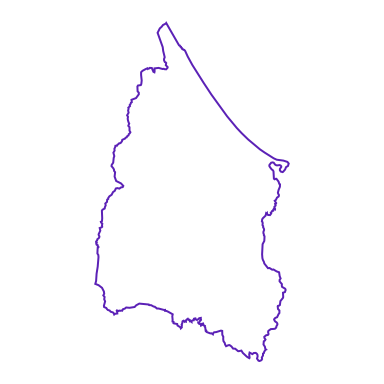 the district of Chana, Songkhla, Thailand
{"feature_id": "78962969B24308804777552", "entity_name": "Chana", "entity_type": "district", "adm_level": 2, "iso_a3": "THA", "parent_name": "Thailand", "parent_adm1": "Songkhla", "projection": "natural_earth1", "projection_center": [100.698, 6.919], "detail": "fine", "context": "isolated", "style": "outline", "palette": "violet", "viewbox_px": 384, "rotation_deg": 0, "n_neighbors": 0, "source": "geoboundaries", "source_scale": "gbopen_adm2", "svg_char_len": 6035}
<svg xmlns="http://www.w3.org/2000/svg" viewBox="0 0 384 384"><path d="M287.4,161.9L283.4,160.6L276.7,159.7L273.7,158.3L264.7,152.6L259.9,149.3L248.2,139.5L241.7,133.2L236.8,128.0L227.1,116.3L211.4,94.6L203.6,82.8L192.3,64.9L187.7,56.5L185.2,51.0L184.3,49.9L183.4,49.8L183.0,49.2L182.3,49.1L181.9,48.6L181.9,48.0L181.1,47.5L181.0,46.8L180.3,46.6L179.9,45.6L179.3,45.5L178.9,45.1L166.2,23.0L165.8,23.6L163.0,25.0L161.6,26.8L159.8,28.4L157.6,32.8L162.7,47.1L163.2,51.0L164.7,57.2L164.0,59.1L164.1,60.5L164.9,62.1L165.7,62.4L166.2,63.0L165.8,65.2L167.6,67.0L167.6,67.7L166.2,69.3L164.5,69.2L163.8,68.8L162.6,69.0L158.6,67.9L154.5,68.4L154.6,71.4L154.4,72.3L153.4,71.8L151.8,68.0L149.7,67.9L148.9,68.6L148.1,68.6L147.8,68.9L147.4,68.3L145.4,69.2L142.7,70.7L141.4,71.8L141.1,72.5L141.1,75.0L141.7,80.6L141.3,84.0L140.8,85.1L138.0,85.5L137.4,86.5L137.6,91.3L138.8,92.7L138.8,94.3L136.0,98.1L131.5,99.8L131.8,102.2L130.9,102.8L130.5,104.1L129.7,105.0L130.0,106.1L128.3,107.7L128.6,108.7L128.1,110.5L128.6,112.7L127.1,115.3L128.0,116.8L127.7,118.7L128.0,120.5L128.7,122.7L129.2,123.5L128.3,125.8L129.5,127.2L129.5,130.7L130.4,132.2L129.7,133.4L128.8,134.1L128.5,135.4L127.2,136.2L126.7,137.3L125.6,137.7L125.0,138.6L122.3,139.8L121.9,141.4L120.5,143.1L119.1,143.3L118.4,144.2L117.4,144.7L117.0,145.7L115.4,145.8L115.2,147.1L114.4,148.8L114.6,150.6L113.4,152.7L114.3,156.1L113.7,157.9L113.2,162.7L111.7,164.9L111.5,166.1L113.4,168.4L114.0,169.7L114.1,170.9L115.1,172.2L114.6,176.6L116.2,181.0L121.0,183.4L123.3,185.9L122.7,187.1L120.8,187.5L119.4,188.6L117.3,188.1L115.8,188.5L114.8,190.8L113.0,192.1L111.6,194.8L109.4,196.3L108.2,198.1L108.2,199.0L107.2,199.6L107.0,201.9L105.3,203.5L105.7,205.3L104.8,207.4L104.7,208.5L102.5,209.7L101.9,210.7L102.2,218.3L102.0,221.0L101.7,221.6L100.9,221.8L101.1,222.5L102.3,223.7L102.0,225.3L102.2,226.8L101.7,227.3L99.7,228.0L100.3,230.7L98.6,234.3L98.9,235.6L99.4,236.3L99.3,237.2L98.8,238.1L97.3,239.3L97.1,240.5L96.1,241.5L96.2,242.1L96.7,242.7L96.2,243.0L96.4,244.2L96.7,244.8L97.5,244.9L98.0,246.4L97.8,246.9L98.4,247.2L97.8,248.0L97.6,248.8L97.4,253.5L98.3,255.0L98.5,257.0L97.7,266.7L96.6,273.6L96.1,281.0L95.3,283.9L98.6,285.2L102.0,287.8L103.9,291.5L104.2,293.8L103.3,295.4L104.6,297.0L104.2,299.2L105.1,301.4L103.9,305.8L104.1,307.0L106.3,308.0L106.8,308.9L107.9,310.0L109.6,310.5L110.6,311.7L112.9,312.4L113.7,313.2L114.2,314.5L115.0,313.8L117.3,313.5L117.2,312.0L116.7,310.7L116.9,310.4L118.7,311.0L119.5,310.6L120.6,310.8L121.5,310.5L122.2,310.7L123.0,309.2L124.7,308.7L126.2,307.5L129.5,307.8L134.6,307.0L136.2,305.3L139.3,303.6L148.7,304.5L148.8,304.9L149.4,305.1L151.2,305.2L153.5,306.5L154.9,306.8L155.5,307.5L156.1,307.7L156.9,308.5L158.5,308.5L164.2,310.0L165.0,309.9L165.0,310.8L166.6,311.0L168.1,311.7L172.7,314.3L172.3,316.3L172.6,319.6L172.5,321.5L173.6,322.0L173.5,323.2L173.9,323.4L177.2,324.0L177.5,325.5L180.4,327.3L180.8,328.4L181.8,327.4L181.7,326.6L181.9,325.6L181.6,324.7L182.1,323.9L182.1,323.3L182.5,322.4L182.5,321.4L182.8,321.1L183.6,320.7L184.7,321.8L185.2,321.4L185.9,321.6L185.8,320.4L187.2,319.5L187.3,319.1L187.6,319.1L187.9,318.8L188.6,319.8L189.2,319.7L189.4,320.1L189.8,320.1L189.9,321.3L190.5,321.2L191.6,322.0L191.6,321.0L192.4,320.4L193.7,320.3L193.9,318.8L194.3,318.5L194.8,318.5L194.9,319.0L195.5,318.6L195.8,319.4L197.0,320.0L198.4,319.1L199.2,318.2L200.8,317.9L200.8,318.4L200.4,318.6L201.0,319.6L200.8,320.3L200.1,320.6L199.6,321.9L198.6,322.6L198.2,322.5L198.2,322.8L199.2,323.9L200.9,324.1L201.2,324.6L200.9,325.2L201.0,325.6L201.8,325.1L202.0,323.8L203.1,323.5L203.5,325.2L204.9,325.9L204.7,326.7L205.2,327.2L205.6,330.3L206.0,330.4L205.9,331.1L206.5,331.2L206.6,332.0L210.3,333.4L211.5,333.3L212.9,334.3L213.1,333.3L214.1,332.3L216.1,332.1L221.0,330.6L222.2,330.9L222.3,334.8L223.3,336.8L223.2,339.1L223.5,341.2L224.7,342.9L225.1,344.5L226.1,346.2L228.4,345.2L229.6,345.1L231.4,346.4L233.1,348.6L235.2,348.7L238.0,351.1L238.7,351.2L241.4,350.6L242.8,352.9L247.0,356.8L249.3,358.2L249.6,357.8L249.2,354.3L249.6,352.6L252.4,354.1L253.8,353.0L255.7,352.9L256.8,353.7L257.5,354.9L257.6,356.5L257.0,358.6L258.5,360.7L259.6,361.0L261.4,360.2L262.1,359.0L261.8,357.5L263.0,355.5L263.0,353.6L263.8,353.2L264.3,351.5L265.7,349.6L266.0,349.5L265.3,348.8L264.9,346.7L263.5,344.5L263.8,341.3L264.8,340.6L265.5,339.5L264.4,337.9L264.3,336.8L266.2,335.2L267.8,335.0L268.4,334.4L268.5,333.8L268.1,332.3L268.2,331.2L268.6,330.7L270.8,329.1L274.1,328.9L275.2,328.6L276.2,327.5L276.4,326.3L277.4,324.6L277.3,323.4L276.7,322.5L275.1,321.4L274.5,320.5L274.1,319.3L275.3,317.9L277.1,317.2L278.5,314.2L279.4,313.0L279.4,310.5L278.0,309.0L277.7,306.3L277.9,305.9L279.1,305.6L279.9,305.0L280.4,301.1L282.9,298.0L283.2,297.1L283.0,292.7L284.9,292.1L285.6,290.1L285.5,289.3L285.0,288.6L282.1,286.9L281.8,285.8L281.9,284.1L279.6,281.4L279.6,279.9L280.6,278.5L279.7,276.2L279.1,272.3L276.6,271.4L273.5,269.5L272.2,269.7L269.5,268.0L268.0,268.2L264.3,263.5L264.0,262.1L262.8,259.7L262.4,258.1L262.1,254.4L262.6,244.2L264.3,240.9L264.5,236.9L264.5,236.2L263.9,235.4L263.9,234.5L263.4,233.1L263.4,231.9L264.1,229.9L263.9,228.7L263.1,227.2L263.2,226.2L262.5,225.1L262.7,223.1L262.5,222.1L261.9,221.4L262.2,219.3L262.8,218.3L265.6,215.6L266.1,213.4L266.4,213.7L267.0,213.0L267.2,214.1L268.1,215.0L270.0,215.1L271.2,213.5L270.8,212.7L271.5,212.1L272.0,211.1L273.0,210.8L272.9,210.4L274.1,208.3L274.4,208.4L274.5,209.5L275.0,209.6L275.1,209.0L274.5,207.5L274.4,206.8L275.6,205.6L275.1,203.9L276.0,203.6L276.2,203.1L274.7,200.8L275.9,199.9L277.0,197.6L278.5,196.6L278.9,195.8L278.8,194.6L278.2,193.8L277.9,192.7L278.6,189.9L279.9,186.8L280.0,184.3L279.3,183.9L278.5,181.5L276.4,178.8L275.7,178.8L274.7,179.3L273.9,178.7L273.5,171.4L273.0,170.4L271.6,169.3L270.0,167.2L269.3,165.9L269.5,164.8L271.2,162.7L272.7,162.4L273.7,162.7L275.1,164.6L276.1,165.2L277.0,165.4L279.6,165.1L280.6,165.5L281.2,166.2L281.3,166.9L279.9,169.0L279.9,170.3L280.8,171.6L282.6,172.1L283.1,171.8L285.1,169.5L286.0,167.2L288.0,165.9L288.7,163.5L287.4,161.9Z" fill="none" stroke="#5b21b6" stroke-width="2"/></svg>